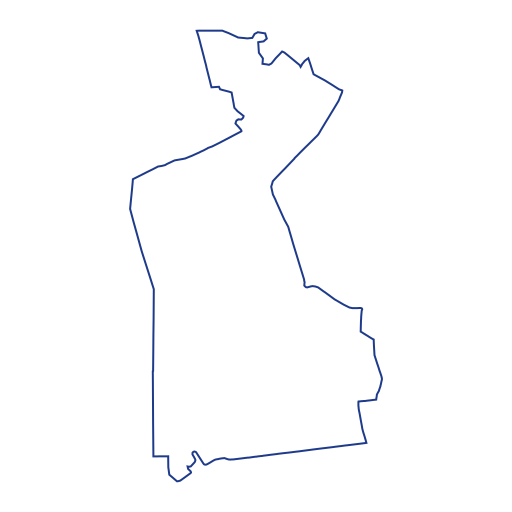 Ma'in, Amanat Al Asimah, Yemen
{"feature_id": "15242507B87670464483241", "entity_name": "Ma'in", "entity_type": "district", "adm_level": 2, "iso_a3": "YEM", "parent_name": "Yemen", "parent_adm1": "Amanat Al Asimah", "projection": "albers", "projection_center": [44.173, 15.379], "detail": "fine", "context": "isolated", "style": "outline", "palette": "blue", "viewbox_px": 512, "rotation_deg": 0, "n_neighbors": 0, "source": "geoboundaries", "source_scale": "gbopen_adm2", "svg_char_len": 5358}
<svg xmlns="http://www.w3.org/2000/svg" viewBox="0 0 512 512"><path d="M132.6,183.0L132.0,189.6L130.8,201.7L130.1,208.9L133.5,221.7L136.8,233.5L141.3,249.8L142.0,252.2L143.4,256.6L145.8,264.1L150.6,279.1L153.8,289.2L153.6,319.2L153.4,335.4L153.3,349.3L153.1,371.1L152.8,371.3L152.9,383.7L153.1,422.9L153.4,456.4L168.2,456.3L168.2,458.3L168.3,467.2L169.3,474.7L177.0,481.3L178.6,481.1L180.3,480.6L190.4,473.3L191.0,472.6L191.0,472.2L190.8,471.8L190.6,471.3L188.1,468.9L187.6,466.5L188.5,466.7L189.6,466.7L190.8,466.4L194.4,462.5L195.0,461.6L195.4,460.2L195.2,459.3L194.1,457.2L192.5,454.5L192.5,453.8L192.5,453.2L192.5,452.8L193.3,451.9L194.2,451.5L195.4,451.8L196.0,452.1L197.0,453.6L199.7,457.8L203.3,463.4L203.9,464.2L205.1,464.7L205.9,464.7L206.9,464.3L207.3,464.2L208.1,463.7L209.7,462.8L213.3,460.6L215.3,459.6L217.8,459.1L218.2,459.1L219.2,458.8L221.6,458.4L224.5,458.1L225.9,458.6L227.1,459.0L228.3,459.4L229.5,459.5L230.1,459.6L231.2,459.5L233.6,459.4L235.1,459.2L243.3,458.2L245.4,457.9L246.0,457.9L247.0,457.7L249.0,457.6L254.6,456.8L255.5,456.7L256.3,456.7L257.1,456.5L260.4,456.1L262.6,455.9L263.3,455.7L265.9,455.4L267.4,455.2L269.6,454.9L277.0,454.0L277.4,453.9L283.2,453.2L289.6,452.5L290.9,452.3L291.3,452.3L293.4,452.0L296.8,451.6L298.7,451.4L303.1,450.8L308.5,450.1L310.1,449.9L313.0,449.5L321.0,448.5L324.4,448.1L333.6,447.0L334.7,446.8L335.7,446.7L339.6,446.2L339.9,446.2L341.4,446.0L345.0,445.5L347.0,445.3L356.9,444.1L361.0,443.6L366.4,442.9L366.3,442.5L365.6,439.9L365.2,438.6L364.5,436.2L363.2,432.1L363.0,431.2L362.8,430.8L362.5,429.3L362.3,428.7L361.9,426.2L360.6,419.1L360.1,416.3L359.7,414.0L359.3,412.0L359.1,411.2L358.9,410.1L358.7,408.7L358.5,406.4L358.4,405.7L358.4,403.9L358.4,401.9L358.5,401.5L360.7,401.3L361.1,401.2L362.9,401.1L363.6,401.0L365.0,401.0L367.7,400.6L368.8,400.5L370.4,400.3L372.2,400.1L372.6,400.0L374.6,399.8L376.2,399.6L376.4,397.9L376.7,396.4L376.9,394.5L377.1,394.2L377.4,393.6L378.0,392.4L378.4,391.8L378.9,390.9L379.2,389.8L379.9,387.7L380.1,387.1L380.4,386.4L380.4,386.1L380.6,385.3L381.0,383.7L381.1,383.1L381.4,381.7L381.6,380.7L381.8,380.1L381.9,379.6L381.9,378.5L381.8,377.8L381.6,377.4L381.6,377.0L381.4,376.2L380.8,374.4L380.1,372.3L379.5,370.7L379.3,370.0L378.5,367.4L376.9,362.7L376.5,361.4L374.5,355.2L373.9,344.8L373.7,339.9L373.7,339.5L372.5,338.9L372.1,338.7L369.0,336.8L367.5,335.8L366.6,335.3L360.7,331.6L360.8,327.0L361.0,320.1L361.1,319.2L361.2,316.4L361.5,312.9L361.7,310.7L362.2,309.3L362.1,308.8L361.8,308.4L360.7,308.0L359.9,308.0L358.8,308.0L357.8,308.1L353.8,308.1L353.0,308.1L352.3,308.1L349.4,307.5L343.6,304.6L334.5,299.3L329.9,295.9L324.7,292.1L323.3,291.2L322.8,290.8L318.1,287.4L315.4,286.5L312.6,286.1L311.5,286.3L311.1,286.3L310.5,286.5L307.9,287.2L307.3,287.4L306.0,287.2L304.7,286.1L304.3,285.5L304.4,284.2L304.5,283.0L304.6,282.2L304.2,280.8L304.1,279.5L303.1,276.3L302.2,273.3L299.9,265.9L299.0,262.9L297.6,258.3L296.8,255.7L293.7,245.6L293.1,243.6L291.0,236.3L289.6,231.6L288.3,227.0L287.7,225.8L284.3,219.6L275.8,200.7L275.5,199.8L272.9,194.5L271.2,186.7L272.2,183.5L272.6,181.9L272.8,181.3L273.8,180.1L275.5,178.3L276.3,177.5L276.6,177.1L277.7,176.0L280.3,173.3L282.7,170.8L284.9,168.6L285.1,168.4L286.5,166.9L294.5,158.5L294.6,158.1L297.2,155.6L300.0,152.7L302.2,150.5L304.1,148.6L305.1,147.6L308.6,144.2L310.5,142.3L311.4,141.4L316.8,136.1L318.1,134.7L318.7,133.8L319.1,133.1L319.8,132.0L320.7,130.4L325.7,122.1L327.6,119.0L328.0,118.4L330.7,113.9L332.1,111.6L338.5,101.0L338.9,100.0L339.3,99.2L339.8,97.7L342.0,92.5L342.1,91.8L342.3,90.5L341.8,90.2L341.0,90.0L339.0,89.3L336.0,87.4L331.8,84.7L327.9,82.3L325.2,80.6L322.1,78.9L321.3,78.5L320.8,78.2L313.6,74.3L311.8,68.8L310.2,63.7L308.3,58.2L307.2,59.0L305.1,60.6L304.8,60.9L304.5,61.1L304.2,61.6L302.2,64.0L301.4,65.6L300.6,66.9L300.4,66.5L300.1,65.9L299.8,65.2L287.7,55.2L285.7,53.6L284.5,52.6L282.1,51.5L279.8,54.0L275.8,58.1L272.1,62.7L271.5,63.4L271.1,63.7L269.0,64.8L267.9,64.6L266.8,64.4L262.5,63.8L262.8,59.7L262.9,58.4L258.9,52.8L258.6,48.2L258.3,43.6L258.2,42.2L259.6,41.9L260.8,41.8L263.6,41.4L266.8,38.6L266.2,36.7L265.5,34.5L265.2,33.4L258.3,32.3L257.9,32.2L255.6,33.4L254.6,33.9L252.3,37.9L248.3,38.3L247.2,38.4L244.5,38.1L238.0,37.5L237.5,37.2L236.2,36.6L228.6,33.1L225.5,31.9L223.9,31.3L222.5,30.7L221.3,30.7L208.2,30.7L204.1,30.7L198.3,30.7L196.7,30.8L198.4,36.0L199.0,38.3L199.5,40.0L200.9,45.5L202.5,51.6L203.3,54.7L203.7,56.2L205.2,62.2L205.4,62.8L206.2,65.9L206.4,67.1L209.4,79.0L209.6,79.7L210.9,85.1L211.5,87.3L219.0,86.8L220.1,89.3L220.6,89.4L222.2,89.9L228.8,91.6L231.6,92.5L233.6,103.4L233.7,103.8L233.7,104.2L234.4,107.8L237.5,111.2L239.3,112.6L240.7,113.7L243.6,116.0L243.5,116.6L243.3,117.2L243.1,117.7L241.9,119.0L241.3,119.5L240.5,119.5L238.8,119.4L238.3,119.3L237.8,119.8L236.6,120.4L236.3,120.9L236.1,121.5L236.0,121.8L235.7,122.4L235.7,123.1L235.5,123.6L238.5,126.8L240.7,129.4L241.4,130.5L241.4,131.3L219.5,142.8L214.9,145.1L211.8,146.6L210.6,147.0L207.9,148.0L207.2,148.5L204.7,149.8L203.6,150.4L200.7,151.7L199.0,152.6L197.6,153.2L193.6,155.0L192.8,155.4L190.6,156.3L190.0,156.5L189.1,156.9L184.9,158.6L184.5,158.6L183.2,158.9L174.6,160.4L172.0,161.6L170.1,162.5L166.9,164.0L166.2,164.4L165.8,164.7L165.4,164.9L165.1,165.1L161.9,165.9L160.8,166.1L158.1,166.5L155.4,167.9L152.5,169.4L148.4,171.4L132.9,179.2L132.6,183.0Z" fill="none" stroke="#1e3a8a" stroke-width="2"/></svg>